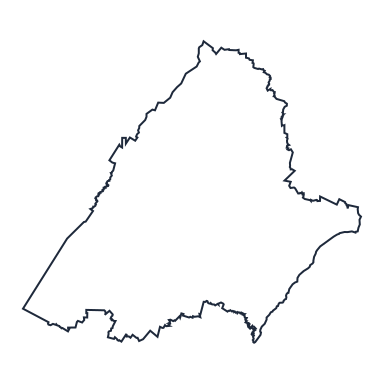 the district of Tararua District, Manawatu-Wanganui, New Zealand
{"feature_id": "76426892B74237617683232", "entity_name": "Tararua District", "entity_type": "district", "adm_level": 2, "iso_a3": "NZL", "parent_name": "New Zealand", "parent_adm1": "Manawatu-Wanganui", "projection": "equal_earth", "projection_center": [176.211, -40.389], "detail": "fine", "context": "isolated", "style": "outline", "palette": "slate", "viewbox_px": 384, "rotation_deg": 0, "n_neighbors": 0, "source": "geoboundaries", "source_scale": "gbopen_adm2", "svg_char_len": 5997}
<svg xmlns="http://www.w3.org/2000/svg" viewBox="0 0 384 384"><path d="M255.2,342.1L260.5,334.9L261.0,332.4L260.2,331.7L260.3,329.8L261.8,326.6L264.7,323.8L266.6,319.6L266.6,317.5L269.3,314.8L270.8,312.3L272.5,311.6L272.9,310.7L276.2,308.2L276.8,306.3L278.0,306.0L278.6,304.0L279.5,302.8L282.7,302.6L283.5,301.6L283.6,300.8L284.9,299.4L286.0,299.0L286.4,297.1L286.0,295.9L286.5,294.2L287.6,292.9L288.4,292.9L289.3,289.0L292.6,284.3L295.0,282.5L297.3,281.6L297.5,277.9L299.4,274.8L303.6,271.1L308.1,268.3L309.8,266.7L310.1,265.2L312.7,263.4L313.5,262.0L313.3,261.2L314.1,256.8L315.7,253.6L316.1,251.7L317.3,249.9L320.2,246.4L333.7,236.6L337.2,234.5L339.2,233.8L339.5,233.2L344.6,232.0L347.5,232.1L351.9,231.4L355.5,232.6L355.7,231.8L357.7,231.4L358.5,227.6L359.8,224.5L359.5,219.8L361.0,216.6L359.0,214.8L358.1,213.1L357.7,209.2L358.0,207.2L348.4,205.1L347.7,208.5L347.3,206.2L346.6,205.4L346.3,203.9L345.3,203.3L345.1,202.1L339.3,199.2L336.8,204.6L320.1,196.5L320.0,200.9L317.4,201.1L317.2,200.2L316.5,199.9L312.9,200.8L311.0,199.9L310.9,201.0L310.2,200.2L304.8,199.0L302.9,197.6L303.5,196.3L303.6,195.1L303.2,194.9L303.8,194.6L303.7,193.2L302.4,193.4L301.9,192.4L301.3,193.1L300.1,192.9L299.8,193.4L298.2,193.5L295.1,188.3L294.0,187.5L290.5,188.0L289.2,185.8L290.7,181.8L284.5,180.6L294.7,170.8L292.2,169.3L290.7,169.4L290.6,168.4L289.8,167.0L290.1,165.9L289.9,162.9L292.8,152.4L290.9,149.3L289.0,150.2L287.4,149.4L288.1,148.4L287.6,148.3L287.5,147.6L286.7,147.6L287.1,145.7L289.1,145.0L287.7,143.9L287.1,142.3L287.0,140.5L287.6,138.6L286.8,137.7L287.3,137.6L287.3,134.2L284.4,132.9L284.4,125.3L283.9,125.6L282.7,125.1L281.9,125.7L281.5,120.7L281.7,120.2L281.0,119.0L281.9,118.6L281.8,118.1L282.0,118.5L282.6,117.0L281.8,116.8L283.3,115.0L283.1,114.6L283.5,114.3L283.1,114.3L283.3,113.8L282.4,112.5L283.0,112.0L283.2,109.5L284.7,106.8L286.8,105.7L286.9,103.7L284.9,102.4L284.3,101.2L276.5,98.9L274.6,96.7L274.7,96.3L273.8,96.2L274.2,95.4L274.6,93.1L274.2,93.0L274.6,92.1L274.0,92.0L272.5,90.1L271.0,90.3L270.2,89.6L270.3,89.0L267.7,90.6L266.6,88.2L267.6,86.7L267.4,86.3L268.9,84.9L268.6,84.5L269.2,83.9L268.6,82.4L269.7,80.7L269.8,79.3L270.7,79.0L270.6,77.5L269.7,77.2L270.0,75.9L268.8,74.7L267.0,74.3L265.4,72.8L263.8,72.2L264.7,70.8L263.6,70.3L263.1,69.1L261.9,69.4L259.0,68.6L258.1,69.0L254.3,67.9L253.3,67.1L253.7,63.8L253.4,63.1L252.5,62.9L252.9,60.3L249.6,59.8L248.9,58.4L246.0,57.7L246.0,53.5L239.9,54.1L239.8,53.1L238.6,52.8L238.6,49.8L236.1,50.3L229.2,50.0L229.0,49.2L224.5,49.8L221.3,47.7L216.1,54.0L215.2,52.5L212.6,50.2L212.9,48.2L203.6,41.3L202.3,45.1L199.3,47.2L198.8,48.3L198.8,53.4L197.8,56.8L199.9,61.4L198.7,62.5L196.7,66.5L185.8,73.7L181.2,83.5L177.1,87.1L172.6,92.2L170.2,97.7L163.8,102.9L158.2,102.6L155.0,110.3L152.4,109.6L146.5,113.9L146.5,116.8L145.2,120.0L139.3,126.0L139.2,128.1L138.1,130.3L138.9,132.6L137.2,134.1L136.6,135.3L136.1,136.7L137.4,137.5L135.2,140.7L129.9,137.5L125.9,143.6L125.8,137.9L122.2,137.9L122.1,147.5L120.1,146.3L119.3,144.7L109.4,160.3L112.4,162.6L115.1,163.3L113.2,170.6L111.9,171.9L111.8,173.0L112.5,173.2L110.9,173.1L111.8,175.6L110.3,177.4L110.2,179.4L109.1,180.0L109.3,180.8L107.6,181.1L106.7,182.5L106.9,182.9L106.3,183.4L106.7,184.5L107.6,184.5L108.4,185.2L108.1,186.0L105.3,186.7L105.6,187.6L104.1,187.6L104.3,188.2L103.6,188.2L103.7,189.5L102.8,189.8L102.9,190.6L102.4,190.5L102.4,191.4L100.3,192.1L100.4,192.7L99.9,192.6L99.6,193.5L99.2,192.9L98.5,193.3L98.3,194.4L98.6,194.7L98.3,196.2L97.1,196.3L95.7,197.4L96.0,198.3L95.5,198.5L96.1,199.4L96.1,200.3L97.2,200.5L97.4,201.3L95.4,203.6L95.9,204.6L95.3,205.0L95.3,205.8L94.1,206.7L93.2,206.7L93.2,207.5L92.3,208.3L90.4,209.0L93.0,211.0L85.7,221.6L83.9,222.0L67.1,238.6L23.0,308.7L48.5,322.2L48.0,323.7L48.5,324.6L50.6,325.2L52.9,323.9L56.0,324.9L56.3,324.3L57.2,325.4L59.3,326.0L59.7,326.9L60.5,327.1L61.5,328.3L62.4,328.0L68.0,331.4L69.3,328.9L68.1,328.6L68.1,327.6L75.5,327.5L76.9,322.0L77.9,320.9L82.1,322.5L84.2,320.0L83.9,317.4L87.2,317.5L87.3,313.1L86.3,313.1L86.3,309.9L104.3,310.3L105.3,311.4L105.7,313.4L104.8,314.8L109.5,310.8L112.7,314.4L112.5,315.6L111.4,316.6L110.6,318.5L111.3,318.8L111.3,319.7L111.8,320.3L112.5,320.3L112.6,319.8L113.7,320.9L115.5,321.0L112.8,326.3L112.5,328.1L111.2,328.5L111.0,330.7L108.8,331.5L108.4,332.3L108.6,333.9L107.9,337.3L114.0,338.9L114.9,337.2L117.1,339.2L117.5,340.2L118.7,340.7L119.2,340.2L121.4,341.6L126.0,334.5L126.5,334.7L126.1,336.3L126.4,336.5L127.0,335.9L127.7,336.5L128.8,336.4L130.5,337.7L132.6,334.8L136.5,337.9L137.6,337.8L139.1,341.0L143.1,339.2L150.2,330.7L157.5,336.8L160.0,326.8L162.3,327.9L163.5,327.8L165.0,325.1L166.2,326.2L169.3,325.9L168.1,325.3L170.2,323.7L169.9,322.9L169.2,322.9L169.9,322.5L169.9,321.5L168.9,320.0L170.5,319.7L173.2,321.1L174.5,320.3L175.1,320.8L179.5,316.3L180.1,317.7L181.4,313.4L183.5,314.0L183.0,315.6L189.1,317.5L190.3,316.8L192.6,317.7L193.0,316.2L194.5,316.8L198.2,316.3L200.3,317.2L199.5,314.1L200.4,314.4L203.7,301.8L205.5,301.9L206.5,300.9L207.1,301.0L207.6,301.4L207.9,302.7L208.9,303.4L210.6,303.8L210.8,303.2L212.1,304.4L214.2,304.5L215.2,305.4L217.6,303.9L218.4,304.6L218.2,303.7L221.0,302.5L223.3,303.7L223.7,304.4L222.2,308.2L227.5,311.6L228.4,310.8L229.4,310.9L230.3,310.2L232.0,311.5L232.8,310.9L234.0,311.4L234.1,312.0L234.8,311.5L235.8,312.7L237.0,312.1L237.4,313.2L238.2,312.3L239.5,312.5L240.3,313.4L241.2,312.5L242.8,313.3L242.0,313.9L242.2,314.4L244.7,314.2L243.8,315.4L244.7,316.0L244.7,317.2L245.6,318.0L246.7,318.0L246.3,318.9L245.3,319.3L245.8,320.9L246.7,321.1L245.6,322.4L247.4,323.1L248.6,323.0L249.6,324.0L249.4,324.6L248.2,323.9L247.6,324.2L248.2,326.9L249.3,327.7L249.1,326.6L250.0,327.1L249.5,328.1L250.0,328.6L250.7,327.7L251.9,328.1L251.7,326.5L252.3,325.9L252.5,326.7L253.9,326.6L255.5,328.3L253.2,329.0L253.3,329.7L255.0,330.2L253.2,331.6L253.7,333.1L253.0,333.3L252.2,332.8L251.6,334.2L252.0,334.8L253.8,335.1L254.0,335.5L253.0,336.7L253.7,338.8L252.8,340.0L253.3,340.6L253.3,342.1L254.1,342.7L255.2,342.1Z" fill="none" stroke="#1e293b" stroke-width="2"/></svg>